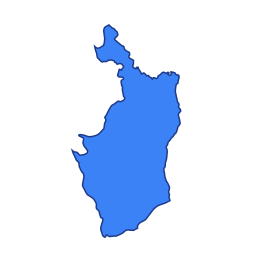 SVG path tracing the border of Buri Ram, rotated 351°
{"feature_id": "THA-436", "entity_name": "Buri Ram", "entity_type": "Province", "adm_level": 1, "iso_a3": "THA", "parent_name": "Thailand", "parent_adm1": "", "projection": "robinson", "projection_center": [102.981, 14.961], "detail": "fine", "context": "isolated", "style": "filled", "palette": "blue", "viewbox_px": 256, "rotation_deg": 351, "n_neighbors": 0, "source": "natural_earth", "source_scale": "10m", "svg_char_len": 5798}
<svg xmlns="http://www.w3.org/2000/svg" viewBox="0 0 256 256"><g transform="rotate(351 128 128)"><path d="M140.6,212.1L131.7,220.6L129.9,221.8L125.8,223.1L123.9,224.1L122.2,226.0L121.7,228.1L121.7,228.6L119.5,229.1L118.4,229.7L117.4,229.9L116.8,229.9L116.3,229.7L114.1,229.3L113.1,228.9L112.0,228.6L111.2,228.6L109.5,229.0L108.4,229.5L108.0,229.7L107.5,230.3L105.3,231.3L100.6,232.6L99.5,232.8L96.8,232.5L93.5,232.4L92.7,232.3L92.4,232.1L91.8,231.6L91.2,231.0L90.9,230.6L90.2,230.2L89.8,230.3L89.6,230.6L89.4,231.0L89.2,231.4L88.9,231.8L88.4,232.2L88.0,232.2L87.6,232.0L87.1,231.4L86.3,230.7L85.3,224.7L85.4,222.8L86.0,221.1L87.4,217.9L87.7,217.6L88.3,216.3L88.8,214.8L88.9,213.9L88.8,213.4L88.6,213.1L88.2,212.9L87.4,212.6L87.1,211.9L86.8,210.6L86.4,206.3L86.2,205.4L85.8,204.7L85.6,204.3L84.7,203.4L84.3,202.7L84.2,202.1L84.2,201.6L84.8,198.8L84.8,198.1L84.8,197.5L83.8,194.5L83.1,193.0L82.5,192.0L77.9,187.8L77.5,187.6L77.0,186.6L76.3,184.9L74.4,179.0L74.1,177.7L74.2,177.2L74.3,176.7L76.7,169.8L77.0,167.8L76.9,166.9L76.8,166.3L76.2,165.1L75.6,164.1L74.9,162.3L73.9,158.9L73.9,157.9L74.0,154.6L73.8,154.2L72.0,151.7L69.8,143.8L69.6,142.2L69.5,141.5L70.0,142.1L70.6,142.7L71.2,143.1L72.0,143.4L73.7,144.0L74.0,144.2L74.5,144.8L75.5,146.5L75.9,147.0L76.1,147.2L76.4,147.3L79.3,147.5L80.2,147.4L82.7,146.8L83.4,146.5L83.8,146.1L84.1,145.6L84.4,144.7L84.4,144.1L84.3,143.6L82.2,139.6L81.9,139.1L81.3,136.8L81.2,136.0L81.3,135.2L82.2,132.9L82.4,131.8L82.4,131.2L82.3,130.8L82.0,130.5L79.2,128.7L78.8,128.4L78.4,127.9L78.3,127.5L78.5,127.2L78.8,127.0L79.8,127.0L83.9,128.4L86.0,129.6L87.5,130.3L89.2,130.7L91.2,130.8L95.0,130.4L96.6,130.0L98.8,129.0L104.0,124.9L104.6,123.3L105.2,121.1L105.8,119.4L106.1,119.1L106.8,118.1L107.3,117.1L107.4,116.4L107.3,115.7L106.8,114.3L106.8,113.8L106.9,113.5L108.0,112.6L108.5,112.0L112.4,106.5L115.0,103.6L115.7,103.1L117.2,102.5L118.0,102.2L118.7,101.9L120.4,100.9L122.2,100.0L122.6,100.0L123.0,100.0L123.4,100.2L124.0,100.7L124.4,100.8L124.8,100.9L127.7,100.0L128.1,99.8L128.6,99.4L129.3,98.5L129.5,97.9L129.5,97.4L129.0,96.8L128.8,96.5L128.7,96.0L128.6,95.6L128.5,91.5L128.4,91.0L128.4,90.4L128.4,89.6L128.9,87.2L128.9,86.5L128.8,86.1L128.5,85.3L128.4,84.8L128.4,84.3L128.4,81.3L128.6,80.6L128.8,80.1L129.1,79.8L130.4,79.3L131.1,78.9L131.3,78.4L131.3,77.9L131.2,77.6L131.1,77.4L130.9,77.2L130.2,76.8L127.5,76.3L126.7,75.9L126.5,75.6L126.0,74.3L126.1,74.0L128.5,68.8L129.0,68.7L129.2,68.9L129.4,69.0L130.1,69.7L130.7,69.7L131.4,68.6L133.0,67.4L133.2,66.7L132.6,65.2L132.2,64.5L131.4,63.6L130.7,63.2L129.9,63.0L127.7,63.3L127.3,63.3L127.0,63.0L126.7,62.3L126.5,61.8L126.2,61.5L125.8,61.4L125.5,61.2L125.2,60.9L125.1,60.4L125.0,59.8L124.8,59.4L124.4,59.2L123.6,59.0L122.6,58.3L122.2,58.2L121.8,58.1L120.4,58.2L119.6,58.1L119.2,58.1L118.8,58.2L117.7,58.8L117.3,58.9L116.4,59.0L116.0,58.9L114.8,58.5L114.3,58.5L113.2,58.8L112.8,58.7L112.5,58.6L112.2,58.3L111.4,57.5L110.5,56.2L110.1,55.5L109.6,54.8L109.0,54.1L108.9,53.8L108.7,52.9L108.7,49.2L108.1,46.2L107.9,42.2L108.4,42.8L109.2,43.7L109.8,44.1L110.2,44.3L111.1,44.5L111.6,44.5L112.0,44.4L112.9,44.2L115.5,43.2L116.7,42.5L117.1,41.8L117.8,40.5L118.9,36.5L119.1,35.5L119.0,35.0L119.2,28.1L119.3,27.7L119.8,26.5L120.2,25.7L120.5,25.3L121.2,24.8L121.7,24.5L125.3,23.2L127.7,26.4L128.9,27.3L129.2,27.4L129.6,27.6L129.8,27.8L130.0,28.1L131.0,29.9L131.2,30.2L131.4,30.3L131.8,30.7L132.2,31.2L132.5,32.8L132.5,33.6L132.5,34.2L132.4,34.6L132.2,34.9L131.7,35.5L129.5,37.0L129.0,37.5L128.8,37.8L128.6,38.1L128.8,38.7L129.3,39.4L134.0,44.9L134.6,45.5L135.2,45.9L135.5,46.0L136.1,46.4L136.4,46.7L136.6,47.2L136.8,48.2L136.7,48.8L136.9,49.6L137.3,50.3L138.8,51.9L140.7,53.2L141.0,53.6L141.2,54.2L141.2,55.4L141.1,56.0L140.9,56.4L140.6,56.6L140.3,56.8L140.1,57.1L140.0,57.4L140.0,57.8L140.0,58.3L140.4,59.0L140.8,59.5L144.0,62.0L143.3,65.9L142.9,66.3L142.3,67.7L142.6,68.8L143.4,69.7L144.4,70.6L145.6,70.0L146.0,69.7L146.0,70.6L146.7,70.6L146.7,69.7L147.5,69.7L147.8,71.7L149.3,74.8L149.7,76.7L152.3,76.1L153.7,77.7L154.7,79.5L155.9,79.3L156.5,79.3L157.0,80.9L159.1,82.1L159.6,83.6L161.0,82.3L162.1,82.5L162.9,83.2L163.7,83.6L164.8,83.2L166.1,81.3L166.8,80.9L168.0,80.5L170.3,78.8L171.8,78.4L172.5,78.8L173.5,79.5L174.5,79.9L175.5,79.3L176.2,79.3L176.2,79.9L176.4,80.0L176.7,80.0L177.1,80.1L175.8,81.3L176.8,82.3L178.7,82.3L180.0,80.1L179.3,80.1L179.3,79.3L181.4,80.1L183.0,80.9L183.1,81.1L183.8,82.7L184.5,83.2L185.0,83.3L185.5,83.3L186.1,83.6L186.3,84.0L186.2,84.5L186.2,85.0L186.5,85.1L186.2,86.5L185.1,88.8L184.8,89.7L184.3,91.5L183.9,91.8L182.9,92.3L182.3,92.9L181.6,94.8L180.6,98.5L180.4,99.5L180.6,102.5L180.6,104.1L180.9,107.2L180.9,109.3L181.0,109.7L181.1,110.2L181.3,110.6L181.7,111.2L181.9,111.6L182.0,112.1L182.0,112.5L182.0,113.1L181.8,113.8L181.3,114.7L181.2,115.3L181.5,116.1L181.8,116.5L182.1,116.9L182.5,117.6L182.7,118.4L182.8,118.8L182.7,119.4L182.4,119.9L181.4,120.7L180.7,121.2L180.4,121.5L180.0,122.2L179.9,122.7L179.8,123.4L179.8,124.5L180.1,126.3L180.2,129.4L180.3,130.9L180.2,131.4L180.0,132.1L179.3,133.0L178.8,133.5L178.0,134.0L177.6,134.4L175.9,138.2L175.1,139.6L175.0,139.8L174.5,140.4L172.9,141.5L171.6,143.0L171.1,143.5L169.1,144.8L168.8,145.1L167.3,146.8L167.0,147.1L166.7,147.3L165.9,147.7L165.6,148.1L165.2,148.7L164.8,149.9L164.2,151.0L163.6,151.5L163.1,152.1L162.9,152.6L162.8,153.3L163.2,156.1L162.9,158.1L161.5,163.7L160.9,165.3L159.4,168.3L159.3,168.8L158.9,171.1L158.7,171.7L158.5,172.1L158.3,172.4L157.2,173.5L157.0,173.9L156.9,174.7L156.8,176.0L157.0,179.0L156.8,180.7L156.8,182.0L157.5,186.2L158.7,189.1L159.6,192.1L159.7,192.6L159.6,193.4L159.4,194.4L158.7,196.1L158.3,196.9L158.1,197.7L158.1,198.4L158.4,199.6L158.5,200.4L158.0,201.8L157.8,202.7L157.8,203.6L158.1,206.3L153.2,207.9L146.5,209.1L144.3,209.9L140.6,212.1Z" fill="#3b82f6" stroke="#1e3a8a" stroke-width="1.5"/></g></svg>